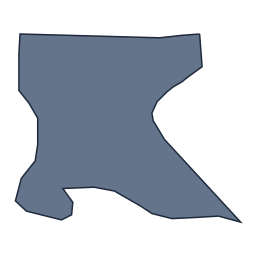 Bupyeong-gu, Incheon, South Korea (Albers equal-area conic projection)
{"feature_id": "91817680B45509654992593", "entity_name": "Bupyeong-gu", "entity_type": "district", "adm_level": 2, "iso_a3": "KOR", "parent_name": "South Korea", "parent_adm1": "Incheon", "projection": "albers", "projection_center": [126.732, 37.486], "detail": "fine", "context": "isolated", "style": "filled", "palette": "slate", "viewbox_px": 256, "rotation_deg": 0, "n_neighbors": 0, "source": "geoboundaries", "source_scale": "gbopen_adm2", "svg_char_len": 537}
<svg xmlns="http://www.w3.org/2000/svg" viewBox="0 0 256 256"><path d="M240.6,222.1L164.5,139.5L153.2,120.7L151.9,113.1L157.0,101.8L167.0,91.8L173.3,86.8L182.1,81.7L188.3,76.7L202.1,66.7L199.6,33.9L199.6,34.0L182.1,35.3L159.5,37.8L20.0,34.0L18.9,54.1L18.9,90.5L28.9,103.1L37.7,118.1L37.7,144.5L35.2,160.8L21.3,178.4L15.4,200.9L26.3,211.1L61.5,219.9L71.6,214.8L72.8,202.3L62.8,188.5L94.2,187.2L114.3,191.0L140.6,206.1L152.0,213.6L172.1,218.6L197.2,217.4L218.5,216.1L240.6,222.1Z" fill="#64748b" stroke="#1e293b" stroke-width="1.5"/></svg>